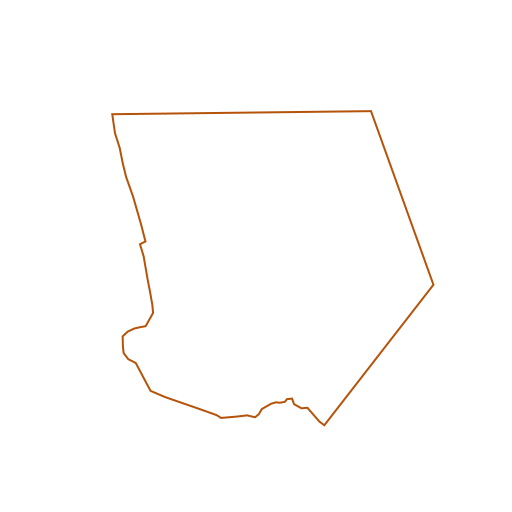 the district of Ngerang, Palau, rotated 160°
{"feature_id": "81905179B33808746946065", "entity_name": "Ngerang", "entity_type": "district", "adm_level": 2, "iso_a3": "PLW", "parent_name": "Palau", "parent_adm1": "", "projection": "albers", "projection_center": [134.637, 7.497], "detail": "fine", "context": "isolated", "style": "outline", "palette": "amber", "viewbox_px": 512, "rotation_deg": 160, "n_neighbors": 0, "source": "geoboundaries", "source_scale": "gbopen_adm2", "svg_char_len": 748}
<svg xmlns="http://www.w3.org/2000/svg" viewBox="0 0 512 512"><g transform="rotate(160 256 256)"><path d="M342.6,438.4L346.5,419.7L347.1,404.4L349.5,388.7L351.0,374.8L351.2,353.8L353.2,324.9L354.9,307.5L361.0,306.7L361.7,294.0L365.8,271.4L368.1,257.0L370.2,245.2L372.2,237.7L383.7,227.8L390.3,228.9L395.2,229.5L402.5,228.8L408.8,226.1L412.0,216.5L413.6,210.1L411.3,202.7L405.6,196.6L404.4,188.1L402.8,176.5L401.2,165.3L390.0,154.8L358.7,129.3L347.2,119.7L344.3,115.8L328.7,111.6L318.9,109.3L312.0,104.8L307.4,106.4L302.9,110.2L292.3,112.0L287.3,111.7L283.7,109.9L278.7,109.1L275.9,110.9L270.9,109.7L270.9,103.7L265.3,97.3L259.6,95.8L253.1,78.8L249.7,73.6L99.1,168.3L98.4,352.8L342.6,438.4Z" fill="none" stroke="#b45309" stroke-width="2"/></g></svg>